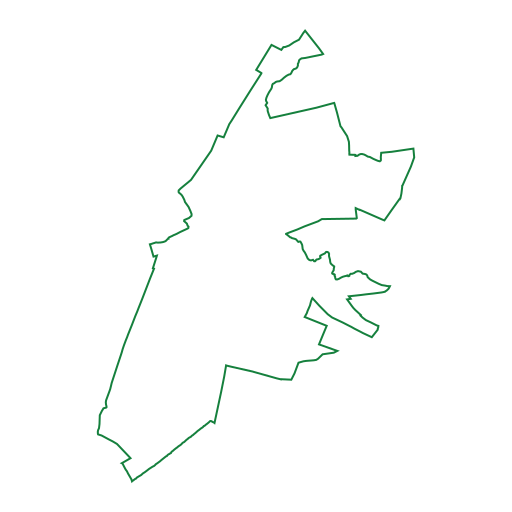 outline of Niculesti, Dâmbovita, Romania
{"feature_id": "2599482B73950488688703", "entity_name": "Niculesti", "entity_type": "district", "adm_level": 2, "iso_a3": "ROU", "parent_name": "Romania", "parent_adm1": "Dâmbovita", "projection": "equal_earth", "projection_center": [25.943, 44.679], "detail": "fine", "context": "isolated", "style": "outline", "palette": "green", "viewbox_px": 512, "rotation_deg": 0, "n_neighbors": 0, "source": "geoboundaries", "source_scale": "gbopen_adm2", "svg_char_len": 6050}
<svg xmlns="http://www.w3.org/2000/svg" viewBox="0 0 512 512"><path d="M103.5,408.3L102.6,409.8L101.9,410.9L99.8,415.2L99.5,424.0L99.0,428.2L98.1,430.2L97.8,431.8L97.9,433.7L98.1,434.4L101.6,435.5L109.0,439.5L112.7,441.4L116.9,443.9L117.9,444.9L129.5,457.1L130.5,458.2L121.8,463.2L122.2,463.4L122.6,463.7L124.2,466.8L124.5,467.4L125.2,468.7L125.7,469.6L126.9,471.2L127.5,472.4L127.9,473.3L131.4,479.3L132.0,481.3L132.2,481.1L133.1,480.5L135.2,478.9L136.0,478.6L136.8,477.6L138.6,476.5L141.2,475.0L142.9,473.4L144.8,472.2L147.2,470.4L149.1,468.9L151.9,467.1L152.5,466.7L154.0,466.0L155.3,464.9L155.6,464.4L156.0,464.1L157.1,463.4L160.1,461.2L161.2,460.2L161.7,459.8L165.7,456.6L166.1,456.3L166.8,456.1L167.2,455.5L167.7,455.0L168.3,454.5L169.0,454.1L169.4,454.0L170.1,453.4L170.9,453.1L171.0,452.9L171.1,452.6L171.4,452.1L171.8,451.6L172.6,451.1L174.4,449.5L175.7,448.5L176.3,448.0L177.0,447.6L177.4,447.2L177.9,446.8L178.6,446.2L179.1,445.9L179.9,445.4L181.1,444.5L181.5,444.1L182.1,443.4L182.4,443.1L182.7,442.8L183.2,442.5L184.2,442.0L186.5,439.8L187.2,439.3L188.0,438.7L188.4,438.2L188.8,437.9L191.0,436.7L191.3,436.3L191.8,435.8L192.2,435.5L192.8,435.2L194.6,433.6L195.2,433.2L197.6,431.0L199.4,429.7L200.7,428.6L202.7,427.3L203.3,426.7L203.7,426.1L204.1,426.0L204.4,425.9L205.1,425.4L205.8,424.7L207.2,423.7L209.0,422.2L209.5,421.7L210.1,421.1L210.7,421.0L211.6,421.2L212.1,421.7L212.9,422.1L213.6,422.3L214.5,423.0L221.1,392.1L224.2,376.6L226.1,365.4L226.6,365.6L231.2,366.7L250.2,371.0L252.9,371.6L253.4,371.8L276.9,378.4L280.7,379.3L281.0,379.4L281.1,379.2L291.3,379.7L294.5,373.4L298.5,362.7L303.4,361.3L306.2,360.9L313.7,360.3L316.2,359.9L318.0,358.8L322.6,354.3L333.8,352.7L337.3,350.9L319.0,344.4L322.7,335.4L326.7,325.8L304.7,317.0L306.9,313.0L307.5,311.1L310.0,305.4L311.0,301.4L311.6,299.9L311.9,299.0L312.4,298.1L319.4,305.8L327.7,314.2L332.1,317.5L342.7,322.5L350.3,326.4L350.8,326.6L354.5,328.7L360.0,331.5L363.0,333.1L371.8,337.2L375.9,332.0L377.7,329.7L377.8,328.5L378.2,327.6L378.4,325.9L376.7,325.4L370.8,322.4L365.9,320.1L362.6,317.6L360.5,315.6L360.9,315.1L357.4,311.9L355.4,310.1L353.4,308.0L352.0,306.2L347.1,299.4L350.7,298.8L348.9,296.3L360.9,295.0L366.3,294.3L373.5,293.5L381.2,292.5L382.9,292.2L384.7,291.8L384.7,291.7L385.3,291.4L386.7,290.5L388.5,288.8L389.2,287.6L389.9,286.2L387.4,286.1L385.1,285.6L381.8,285.1L378.7,283.8L372.4,280.7L370.1,279.4L367.7,277.2L367.2,275.5L366.4,274.5L365.1,274.0L362.6,273.6L360.9,271.7L358.0,271.1L355.7,271.9L354.2,273.0L352.1,273.8L350.6,273.8L350.2,274.3L349.7,274.7L349.4,275.1L349.3,275.9L348.7,276.2L348.1,276.2L347.9,275.9L347.2,275.4L346.7,275.8L345.1,276.1L343.0,276.7L341.2,277.5L338.8,278.9L337.0,279.5L335.8,279.3L335.2,277.9L335.1,276.6L334.7,276.1L334.5,275.7L334.7,275.3L334.8,274.8L334.4,274.3L332.8,273.9L332.4,273.7L332.1,273.1L332.6,272.0L333.7,270.2L333.8,268.5L334.2,267.0L334.2,266.4L333.3,265.8L332.2,264.9L331.0,263.8L330.5,263.0L330.2,261.8L330.0,259.8L329.5,257.9L329.1,256.5L329.0,255.3L329.1,253.9L328.5,252.6L327.5,252.0L326.5,251.9L325.9,252.1L324.9,253.4L321.9,254.8L320.3,255.7L320.1,256.1L320.2,256.7L320.6,257.6L320.6,257.8L319.2,258.8L317.9,259.3L316.6,259.5L315.9,260.2L315.4,261.0L314.9,261.3L314.1,261.2L313.0,259.8L311.4,260.3L310.3,260.3L309.2,259.9L307.7,258.5L306.1,254.9L304.8,252.4L303.6,250.8L302.7,249.1L302.2,245.1L301.6,243.7L300.4,241.6L299.5,241.5L298.3,241.9L297.3,240.8L296.5,239.9L295.8,239.2L294.3,238.7L291.9,238.1L291.1,237.5L290.2,237.3L288.3,235.7L286.9,234.6L286.1,234.1L286.1,233.8L289.3,232.5L297.3,229.5L304.5,226.4L318.1,221.3L321.8,219.1L356.2,218.6L356.3,218.5L356.8,218.1L355.7,209.5L355.7,208.1L359.5,209.9L359.7,209.7L381.9,219.4L384.4,220.4L391.4,210.4L399.6,198.9L399.9,199.1L400.4,198.3L401.4,193.6L402.1,187.9L402.2,185.7L402.5,185.5L410.9,166.6L414.2,157.4L413.4,148.6L391.7,151.8L381.2,152.8L380.8,157.2L380.9,159.2L380.8,160.5L379.8,161.3L378.1,160.9L376.6,160.3L373.4,158.9L369.9,157.0L367.8,156.6L365.5,155.2L364.0,154.5L362.0,154.0L360.4,154.1L359.0,154.7L357.5,155.8L355.4,156.0L355.4,155.2L355.4,154.9L354.7,154.8L353.1,154.8L350.6,154.7L349.4,154.7L349.3,153.6L349.4,152.6L349.2,150.5L349.1,145.4L348.9,141.8L347.1,136.1L341.4,127.3L340.5,126.3L337.0,112.6L336.2,109.8L334.3,103.1L334.2,102.9L316.4,107.7L270.3,118.1L269.0,115.0L267.8,111.4L267.6,110.2L267.7,108.5L265.6,105.2L267.2,102.9L266.1,100.9L265.9,99.8L266.5,97.5L267.5,95.2L269.0,92.3L271.4,88.6L271.9,87.2L272.2,85.1L272.8,83.9L274.4,83.1L275.7,82.0L277.1,81.5L279.6,81.2L281.7,79.8L284.0,77.7L286.5,75.8L288.7,74.6L290.4,74.2L291.4,72.8L292.2,71.0L293.2,69.8L294.0,69.1L295.8,68.6L297.1,67.5L297.9,65.6L297.9,63.7L298.6,62.6L299.1,60.3L300.0,59.4L301.5,58.4L305.0,58.0L321.7,54.6L323.1,54.0L319.0,48.3L305.1,30.7L303.3,33.0L299.0,39.7L293.9,42.3L289.2,45.5L285.2,47.0L283.4,47.1L281.3,49.9L271.5,44.9L256.2,69.9L261.4,73.0L261.4,73.4L250.3,90.7L239.6,107.7L231.8,120.3L229.3,124.1L226.9,129.8L223.7,137.3L217.6,135.5L211.2,150.7L191.0,179.9L180.5,188.6L178.7,190.4L178.6,191.2L178.6,192.0L178.9,192.6L180.6,194.0L181.7,195.1L182.7,196.6L184.3,199.8L185.0,202.0L188.6,207.0L190.4,211.0L191.6,214.1L191.5,215.8L189.0,218.0L184.3,220.0L184.1,221.1L186.9,223.6L187.6,225.7L188.5,226.6L188.3,228.1L187.5,228.6L180.2,232.0L176.8,233.8L175.7,234.3L175.3,234.5L174.0,235.0L172.6,235.7L171.9,236.1L170.5,236.7L170.2,236.9L169.6,237.1L168.9,237.5L168.5,237.9L168.4,238.3L168.5,238.7L167.8,238.9L166.4,240.3L166.1,240.7L165.2,241.3L164.2,241.7L162.9,242.1L160.4,242.5L158.3,242.6L157.1,242.6L156.2,242.4L155.7,242.5L154.9,242.8L152.6,243.5L151.8,243.8L149.9,244.3L151.3,248.9L153.5,256.6L156.9,255.6L156.3,257.6L152.9,268.3L154.0,268.7L150.1,278.4L145.9,289.3L142.4,298.4L140.3,303.7L138.7,307.7L137.2,311.6L135.3,316.1L131.8,325.2L128.4,333.7L128.1,334.4L127.1,337.2L125.9,340.1L124.1,344.9L122.8,348.7L122.6,349.3L121.8,352.2L120.9,355.0L117.4,365.5L113.9,376.2L111.7,382.9L110.9,386.3L110.2,389.1L109.5,391.1L106.1,400.3L105.8,402.2L106.0,404.4L106.5,406.4L106.5,407.3L106.2,407.6L103.5,408.3Z" fill="none" stroke="#15803d" stroke-width="2"/></svg>